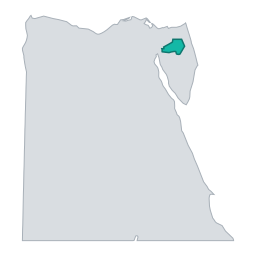 Al-Hasna, Shamal Sina', Egypt (highlighted)
{"feature_id": "37247803B43495383669597", "entity_name": "Al-Hasna", "entity_type": "district", "adm_level": 2, "iso_a3": "EGY", "parent_name": "Egypt", "parent_adm1": "Shamal Sina'", "projection": "equal_earth", "projection_center": [33.353, 30.276], "detail": "fine", "context": "in_parent", "style": "filled", "palette": "teal", "viewbox_px": 256, "rotation_deg": 0, "n_neighbors": 0, "source": "geoboundaries", "source_scale": "gbopen_adm2", "svg_char_len": 3300}
<svg xmlns="http://www.w3.org/2000/svg" viewBox="0 0 256 256"><path d="M233.6,240.6L227.8,240.6L222.0,240.6L216.2,240.6L210.3,240.6L204.5,240.6L198.7,240.6L192.8,240.6L187.0,240.6L181.2,240.6L175.4,240.6L169.5,240.6L163.7,240.6L157.9,240.6L152.0,240.6L146.2,240.6L140.4,240.6L137.1,240.6L137.6,238.5L138.0,237.0L137.6,236.0L136.5,235.7L135.7,236.0L134.0,240.5L133.1,240.6L131.0,240.6L124.2,240.6L117.4,240.6L110.6,240.6L103.8,240.6L97.1,240.6L90.3,240.6L83.5,240.6L76.7,240.6L69.9,240.6L63.1,240.6L56.3,240.6L49.6,240.6L42.8,240.6L36.0,240.6L29.2,240.6L22.4,240.6L22.5,235.3L22.6,229.9L22.8,224.6L22.9,219.3L23.0,213.9L23.1,208.6L23.2,203.3L23.3,198.0L23.4,192.7L23.6,187.3L23.7,182.0L23.8,176.8L23.9,171.5L24.1,166.2L24.2,160.9L24.3,155.6L24.4,150.4L24.6,145.1L24.7,139.8L24.8,134.6L24.9,129.3L25.1,124.1L25.2,118.9L25.3,113.6L25.5,108.4L25.6,103.2L25.8,98.0L25.9,92.8L26.0,87.6L26.2,82.4L26.3,77.2L26.5,72.0L26.3,71.0L25.5,67.5L24.7,63.1L23.9,57.6L23.9,55.8L22.5,50.2L22.4,48.6L22.8,47.4L25.5,42.7L26.4,40.4L27.1,37.6L27.4,35.4L26.7,32.0L25.9,28.9L25.7,25.7L25.7,22.6L27.1,20.5L28.7,18.6L29.4,17.4L30.3,16.0L31.0,15.4L32.2,18.1L34.9,18.6L43.7,16.1L53.3,18.6L58.6,19.6L66.7,21.7L71.6,25.4L73.0,25.9L76.6,25.8L78.9,28.1L88.3,29.1L93.2,31.6L96.0,33.6L97.7,34.2L99.2,34.1L101.3,33.3L103.9,31.9L106.7,30.0L112.5,25.1L114.6,24.2L115.9,24.5L117.6,24.4L118.3,23.1L119.1,22.1L119.7,21.1L120.6,19.9L123.6,19.5L129.6,17.4L128.9,18.4L123.4,20.8L125.8,21.1L128.2,20.3L130.9,19.7L131.4,18.7L131.8,16.8L132.4,16.5L134.2,16.9L139.9,19.8L141.3,19.9L145.3,18.3L146.1,17.9L147.4,18.8L150.3,22.5L149.3,22.4L146.2,19.3L145.9,20.9L144.1,23.6L146.3,24.8L148.1,25.3L149.1,26.8L149.7,28.2L151.5,27.6L152.8,25.7L152.1,24.7L151.7,23.6L152.3,23.6L153.5,24.4L157.1,28.0L158.3,28.7L159.7,28.6L162.6,27.6L163.4,27.8L167.3,26.4L167.8,27.4L168.4,28.4L171.6,27.3L176.5,27.3L180.6,26.2L185.2,23.4L185.6,22.9L185.9,23.6L186.4,25.5L187.9,30.4L189.1,34.2L190.7,39.5L191.2,41.5L191.4,43.0L193.6,48.8L194.9,53.6L195.9,57.5L197.3,63.2L197.9,65.2L197.0,66.2L195.0,70.0L193.0,81.8L190.1,91.1L189.8,96.9L189.3,99.0L187.9,101.9L186.2,104.8L183.2,103.3L178.2,98.2L175.3,93.4L172.2,90.3L169.3,86.2L168.5,83.2L168.6,81.3L167.3,76.7L166.4,74.5L162.8,69.6L161.8,67.0L161.0,65.8L160.2,64.2L159.0,57.8L157.6,53.8L156.0,54.9L156.3,56.6L154.9,58.9L154.0,61.7L154.7,63.9L157.5,67.3L158.1,68.8L158.8,72.0L158.7,76.4L159.1,77.9L161.3,81.1L162.1,83.1L162.5,84.7L163.3,86.3L165.4,89.1L168.5,94.5L171.5,98.2L173.6,99.9L174.5,101.7L174.7,106.3L174.6,108.5L176.4,112.6L177.1,114.7L179.0,116.4L179.8,118.3L180.6,121.5L181.7,130.8L183.3,133.1L188.2,145.4L192.4,153.2L194.4,159.1L197.5,166.2L203.6,181.8L207.2,186.7L208.6,189.4L211.2,191.5L214.0,194.5L211.4,194.2L210.7,194.4L209.8,194.9L209.3,196.8L209.1,198.3L209.5,206.2L210.3,210.3L212.7,218.0L214.4,220.3L215.3,221.8L216.5,222.9L222.1,225.6L225.5,231.1L232.9,238.2L233.6,240.1L233.6,240.6Z" fill="#d9dde1" stroke="#a8b0b8" stroke-width="1"/><path d="M162.2,51.8L168.8,52.6L169.2,52.6L171.0,52.0L173.7,51.5L175.3,51.4L175.9,51.8L176.2,53.0L176.5,53.9L177.1,54.2L177.8,54.3L178.4,54.4L179.4,54.3L180.0,54.0L184.6,46.2L181.6,39.3L177.5,39.3L172.9,39.3L172.4,42.1L168.8,44.2L163.7,47.0L163.9,47.8L163.8,48.7L161.8,48.7L162.1,49.6L162.1,51.6L162.2,51.8Z" fill="#14b8a6" stroke="#0f766e" stroke-width="1.5"/></svg>